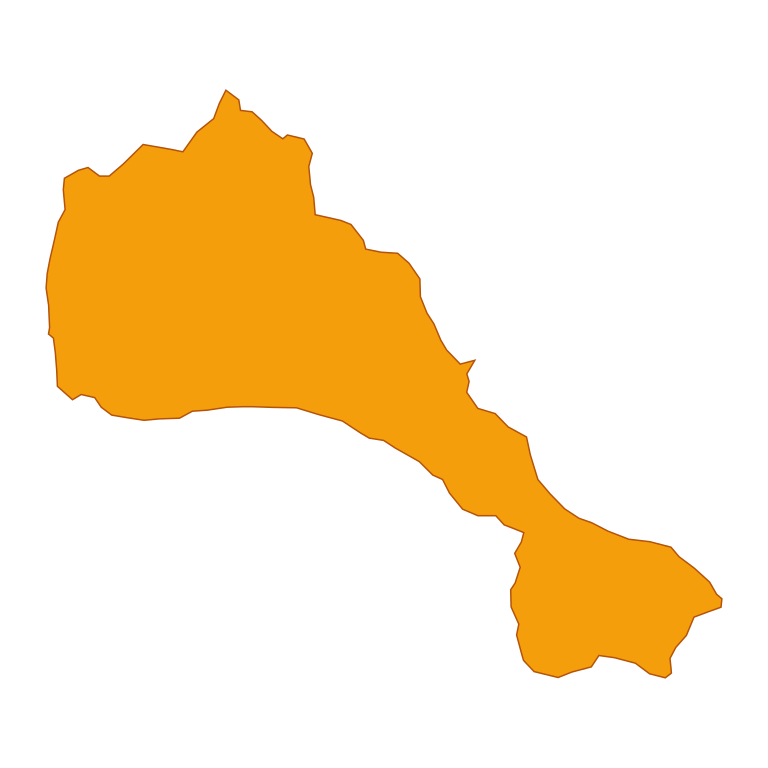 outline of Agios Therapon, Limassol, Cyprus
{"feature_id": "46923920B43784935136584", "entity_name": "Agios Therapon", "entity_type": "district", "adm_level": 2, "iso_a3": "CYP", "parent_name": "Cyprus", "parent_adm1": "Limassol", "projection": "orthographic", "projection_center": [32.869, 34.783], "detail": "fine", "context": "isolated", "style": "filled", "palette": "amber", "viewbox_px": 768, "rotation_deg": 0, "n_neighbors": 0, "source": "geoboundaries", "source_scale": "gbopen_adm2", "svg_char_len": 1787}
<svg xmlns="http://www.w3.org/2000/svg" viewBox="0 0 768 768"><path d="M48.5,334.0L53.4,338.1L55.3,352.4L56.7,370.2L57.4,386.3L72.5,399.7L81.2,394.5L94.7,397.6L101.2,407.2L111.7,415.1L127.1,417.7L144.1,420.3L159.0,418.9L179.5,418.2L192.4,411.2L207.0,410.2L227.3,407.2L243.2,406.7L252.0,406.7L273.6,407.4L296.5,407.8L319.1,414.7L342.4,421.0L360.6,433.0L369.4,438.2L374.2,438.9L383.6,440.4L395.2,448.0L419.3,461.6L432.8,475.1L442.6,479.5L449.5,493.1L462.6,509.2L477.9,515.7L495.8,515.7L504.2,524.9L513.6,528.5L523.8,532.6L521.3,542.1L514.7,553.4L520.2,567.3L515.1,583.1L510.7,589.7L511.1,606.9L518.8,624.1L516.6,635.0L521.7,654.1L523.5,660.3L525.6,662.6L534.1,671.6L558.1,677.5L572.0,672.0L591.3,666.9L598.9,655.5L614.6,657.7L635.4,663.2L649.6,673.8L665.3,677.8L671.4,673.1L671.0,668.2L670.0,658.4L675.8,647.4L686.4,635.4L694.0,617.1L707.9,611.9L721.0,607.2L721.9,598.8L716.6,594.3L709.6,582.1L694.3,568.2L679.0,556.7L671.0,547.2L649.8,541.7L628.6,539.2L608.1,531.2L591.8,522.8L579.0,518.3L564.7,508.9L550.1,493.9L537.9,479.6L530.3,454.8L526.5,437.0L508.1,426.9L495.2,413.6L477.8,408.4L466.7,392.3L469.1,381.5L466.8,373.9L474.8,360.3L460.2,364.1L446.6,350.0L440.8,340.2L433.9,323.9L427.0,313.2L420.4,296.7L419.9,279.0L409.0,263.2L397.7,253.3L381.0,252.2L365.7,249.1L363.4,240.4L351.0,224.5L341.0,220.5L315.2,214.7L313.7,197.3L310.5,184.6L308.8,166.5L312.3,153.3L304.1,139.0L287.4,135.0L282.8,138.8L271.9,131.4L261.7,120.5L252.1,111.8L240.5,110.4L238.8,99.9L225.9,90.2L219.3,103.5L213.7,118.6L196.9,132.1L182.9,151.8L171.7,149.5L143.1,144.5L123.1,164.2L109.2,176.1L99.5,176.1L88.0,167.5L78.4,170.3L64.4,178.3L63.3,189.8L65.1,209.6L58.3,222.2L54.7,238.7L50.0,258.9L47.2,273.6L46.1,288.0L48.4,303.8L48.6,304.9L49.6,327.6L48.5,334.0Z" fill="#f59e0b" stroke="#b45309" stroke-width="1.5"/></svg>